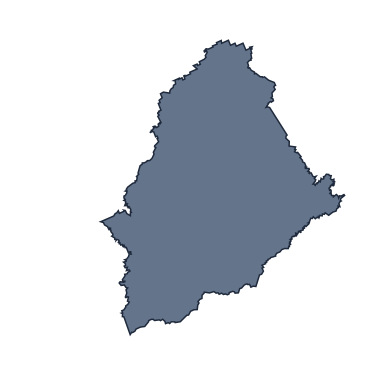 outline of Armidale, New South Wales, Australia, rotated 58°
{"feature_id": "25037944B44637712818530", "entity_name": "Armidale", "entity_type": "district", "adm_level": 2, "iso_a3": "AUS", "parent_name": "Australia", "parent_adm1": "New South Wales", "projection": "equal_earth", "projection_center": [152.07, -30.435], "detail": "fine", "context": "isolated", "style": "filled", "palette": "slate", "viewbox_px": 384, "rotation_deg": 58, "n_neighbors": 0, "source": "geoboundaries", "source_scale": "gbopen_adm2", "svg_char_len": 5945}
<svg xmlns="http://www.w3.org/2000/svg" viewBox="0 0 384 384"><g transform="rotate(58 192 192)"><path d="M280.2,320.0L279.0,317.5L279.7,316.9L279.8,314.3L278.6,312.0L279.2,307.4L281.0,303.3L279.0,297.6L278.1,296.9L278.5,293.9L279.4,292.4L281.1,291.9L283.1,287.5L284.4,286.9L284.4,284.3L287.5,283.5L289.6,284.2L290.2,281.4L291.7,280.6L291.1,278.3L293.0,275.4L293.8,275.5L295.8,270.7L293.8,261.8L294.5,260.1L292.4,256.4L292.9,252.7L294.5,249.9L290.9,247.0L289.9,244.9L288.2,245.1L287.2,242.2L287.6,240.0L284.8,238.1L284.2,235.4L283.4,234.7L286.9,230.6L288.1,226.1L290.5,225.2L291.3,223.3L293.1,223.2L293.5,220.5L295.6,219.6L296.0,217.9L297.9,216.4L298.1,214.6L297.1,213.8L297.8,210.2L299.0,209.0L300.6,209.1L302.1,206.1L299.2,202.7L299.7,200.8L298.5,196.7L299.0,194.1L299.9,193.9L300.9,192.1L303.9,192.5L304.3,189.9L306.0,187.9L298.1,178.7L298.6,176.5L297.0,173.4L293.7,172.9L293.9,171.2L291.2,171.5L291.8,167.6L290.8,167.4L291.1,165.9L289.9,165.5L290.3,163.9L289.5,163.4L289.8,161.1L289.3,160.0L290.7,155.0L289.8,154.6L288.8,152.6L289.4,149.2L288.4,146.3L289.0,143.5L291.0,140.4L289.7,139.0L289.9,138.3L288.8,137.9L288.5,136.1L287.3,136.6L287.0,135.6L286.2,135.8L286.0,134.0L284.8,133.9L284.9,133.1L284.2,133.6L284.3,131.8L283.2,131.5L283.0,130.2L283.8,129.3L283.3,128.7L284.0,128.1L283.6,127.2L284.5,126.7L283.8,125.6L283.1,126.5L281.8,125.9L283.4,124.5L282.5,122.9L283.0,121.2L284.4,121.4L283.0,120.5L282.2,121.3L283.1,117.8L281.9,117.0L280.8,117.7L282.2,115.9L280.6,115.3L280.5,113.9L281.7,113.7L280.9,109.8L280.3,109.0L279.7,109.7L279.7,108.5L277.2,105.2L278.2,104.0L277.3,102.3L280.0,101.6L279.7,99.5L280.4,98.9L279.7,98.0L281.2,98.0L279.6,95.9L281.2,94.3L279.8,93.0L281.1,91.5L280.2,90.1L284.2,88.4L283.7,83.2L284.5,79.9L282.9,78.1L282.8,76.2L281.4,75.7L282.8,74.4L279.7,73.6L278.6,71.6L278.7,70.2L277.7,70.6L276.4,69.3L275.8,64.4L274.7,64.5L274.5,67.6L273.5,68.8L274.8,70.8L273.0,70.2L270.6,70.9L271.0,74.6L269.9,74.0L268.9,75.5L266.7,74.7L266.3,76.5L265.9,74.1L264.3,73.2L263.4,73.3L263.5,74.4L261.4,73.8L261.0,71.6L260.3,71.7L259.9,70.1L261.6,69.0L261.4,67.9L260.7,67.4L259.5,69.3L260.0,66.9L258.2,66.9L259.4,65.2L258.2,66.0L256.3,64.9L256.0,66.9L254.1,67.6L251.9,65.3L250.8,66.8L249.6,66.7L248.1,68.7L249.2,71.4L248.7,72.3L250.6,73.3L249.8,75.2L248.9,75.3L251.3,77.8L249.8,78.4L251.0,79.9L250.6,80.7L251.3,81.6L250.5,82.0L251.6,83.9L250.0,84.1L249.4,85.1L248.1,81.7L247.1,80.5L245.5,81.2L244.4,78.5L244.0,80.3L242.7,81.2L239.0,80.8L238.3,81.9L238.7,83.2L237.2,81.7L235.9,82.9L235.1,80.6L234.1,80.3L232.2,83.1L231.6,81.7L230.7,82.7L230.2,81.6L227.0,81.1L225.1,82.2L223.5,81.5L220.0,82.2L219.9,80.8L214.4,81.4L214.4,82.2L212.2,83.7L211.1,81.5L210.2,82.3L208.7,80.3L204.5,85.3L200.6,82.7L196.2,83.9L194.4,82.6L194.1,81.2L161.5,81.4L160.0,82.7L159.5,84.3L157.7,80.6L156.5,80.3L157.4,80.1L156.8,78.4L157.0,77.2L157.8,77.2L157.8,74.6L155.8,74.0L154.1,75.1L153.7,73.3L150.4,71.7L149.1,67.1L146.3,67.0L145.6,65.6L145.9,64.7L142.7,64.2L137.8,67.8L132.8,69.5L132.3,71.3L131.5,71.3L130.5,73.0L125.1,75.0L124.9,76.3L123.3,75.5L120.2,77.3L117.1,77.3L116.9,78.5L116.1,78.8L114.8,77.1L111.6,76.4L110.9,73.6L111.5,72.0L110.2,71.5L110.3,70.6L105.9,68.8L106.0,67.8L102.4,66.7L102.5,65.3L101.2,65.0L100.7,64.0L99.8,66.4L100.9,66.6L100.3,71.1L92.8,69.9L91.8,77.2L88.6,76.7L88.0,81.6L82.6,80.7L81.6,88.1L79.0,86.9L78.3,92.1L79.9,92.4L79.0,97.2L80.2,97.4L79.4,102.6L78.0,104.1L78.3,105.3L79.0,105.1L78.8,107.0L79.9,107.2L80.2,104.9L81.7,105.2L83.4,108.5L85.2,108.8L85.9,111.2L85.4,116.8L88.1,117.3L87.7,120.2L86.2,119.9L85.6,123.9L90.4,122.4L89.3,130.4L91.0,130.7L90.2,136.4L89.4,136.2L89.2,137.4L92.4,138.1L92.1,140.4L89.9,140.0L89.4,143.5L88.7,142.8L88.0,148.2L88.7,147.3L91.7,148.7L91.7,151.1L93.5,152.7L93.4,154.7L94.4,157.0L96.3,158.5L92.1,163.4L92.0,166.7L96.3,167.4L96.8,171.3L99.3,171.7L99.0,173.6L106.2,175.0L105.9,177.4L106.7,177.6L106.6,178.8L107.3,179.5L109.3,179.1L109.7,180.9L116.7,181.5L117.3,183.1L116.2,182.9L116.5,184.7L118.6,185.5L118.6,187.8L117.1,188.1L117.5,189.1L116.4,188.9L116.0,190.3L117.2,190.3L117.9,191.4L118.9,193.5L117.6,193.6L118.8,194.1L119.4,196.3L119.7,193.7L120.8,192.6L125.9,193.6L126.1,192.0L128.3,192.3L128.2,193.3L131.7,193.7L133.0,199.1L133.8,199.8L135.2,199.2L137.8,203.7L139.8,204.2L142.3,208.1L142.9,211.1L141.7,213.4L142.2,214.0L142.0,216.9L141.0,218.8L142.0,219.4L142.2,222.1L147.4,227.8L148.6,227.7L149.5,230.9L150.5,230.7L153.2,233.1L152.4,234.3L153.9,235.2L153.2,237.6L153.8,244.0L154.9,246.3L156.0,246.4L155.9,248.0L157.1,246.9L158.3,247.9L159.6,250.5L159.4,251.8L161.0,252.9L162.9,252.6L163.0,254.2L164.3,253.2L166.4,254.2L167.1,253.5L166.9,255.0L167.7,256.0L168.0,253.3L168.6,254.9L169.0,253.9L170.2,254.5L171.0,253.3L171.5,254.4L172.8,253.1L174.7,253.3L175.9,254.6L177.1,254.2L177.1,255.4L179.4,256.8L175.9,258.7L172.3,258.4L171.4,259.4L172.4,259.2L171.6,264.9L168.8,264.4L169.8,266.8L169.6,268.6L170.9,271.1L168.8,285.2L171.1,283.3L173.6,283.6L176.5,282.0L179.4,282.3L178.8,281.0L179.6,280.3L180.5,281.7L181.4,281.0L182.7,281.8L185.8,281.4L186.9,282.3L186.9,283.5L190.1,281.9L191.3,282.6L192.2,281.3L192.8,281.9L192.5,280.8L193.7,279.8L194.9,279.7L195.6,281.1L196.8,280.1L197.3,281.1L198.4,280.2L199.3,280.5L199.8,278.8L201.1,279.3L201.1,278.3L201.9,278.8L201.7,277.9L203.8,278.2L204.2,277.1L209.8,278.1L209.8,276.2L210.8,275.2L210.4,276.3L212.4,276.5L211.2,278.0L213.1,280.0L214.3,283.0L213.8,284.9L215.4,284.1L216.0,284.6L215.2,287.2L217.3,286.5L219.0,287.2L218.9,288.8L220.9,288.8L221.6,286.7L223.9,289.3L224.7,286.6L226.1,286.5L226.1,289.0L227.0,290.5L226.1,292.7L227.6,293.2L229.5,297.5L231.3,298.0L232.0,296.2L232.5,296.4L232.2,297.9L230.0,300.5L230.6,302.0L233.7,301.6L235.0,298.7L238.0,298.6L239.3,297.4L240.0,299.8L243.1,300.8L245.8,304.2L246.6,304.0L246.7,301.9L247.4,301.5L250.4,304.6L252.1,303.6L253.2,305.8L253.5,308.6L254.5,309.2L255.9,312.4L255.5,314.4L257.7,314.9L257.4,315.9L258.3,315.3L260.8,317.1L261.8,315.9L280.2,320.0Z" fill="#64748b" stroke="#1e293b" stroke-width="1.5"/></g></svg>